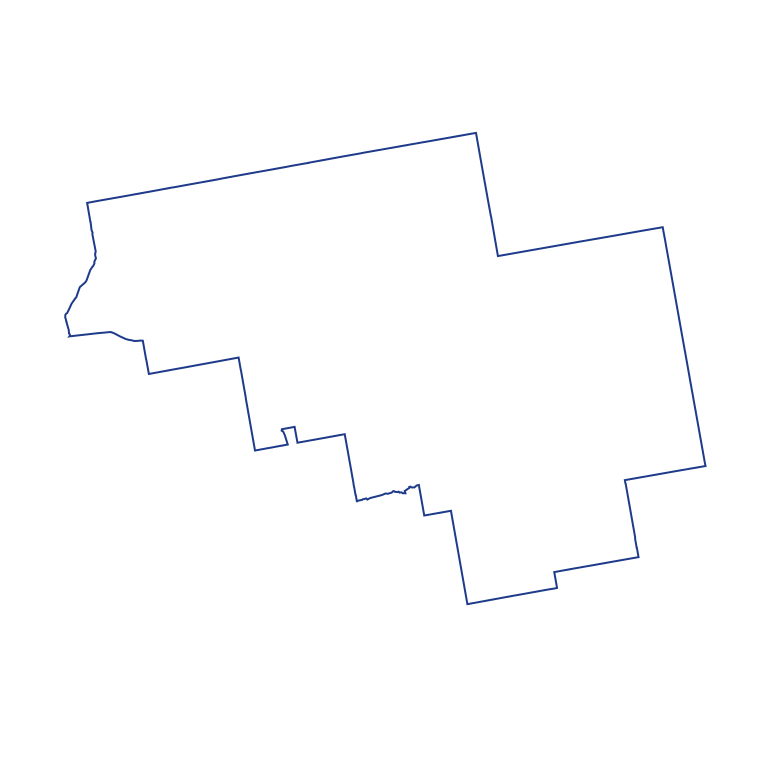 Wudinna, South Australia, Australia (Natural Earth projection), rotated 170°
{"feature_id": "25037944B74799247287960", "entity_name": "Wudinna", "entity_type": "district", "adm_level": 2, "iso_a3": "AUS", "parent_name": "Australia", "parent_adm1": "South Australia", "projection": "natural_earth1", "projection_center": [135.46, -32.977], "detail": "fine", "context": "isolated", "style": "outline", "palette": "blue", "viewbox_px": 768, "rotation_deg": 170, "n_neighbors": 0, "source": "geoboundaries", "source_scale": "gbopen_adm2", "svg_char_len": 3526}
<svg xmlns="http://www.w3.org/2000/svg" viewBox="0 0 768 768"><g transform="rotate(170 384 384)"><path d="M644.9,613.9L645.0,594.8L644.9,594.8L644.8,594.7L645.3,586.5L644.7,583.5L645.1,582.6L645.2,582.2L644.9,564.6L645.7,562.8L646.1,561.4L645.9,557.7L647.9,555.0L648.3,553.0L649.8,550.8L651.2,549.7L653.5,547.2L657.2,540.7L658.8,537.9L659.6,536.9L660.1,536.4L661.0,535.7L666.5,532.4L666.8,532.1L667.5,530.9L670.8,525.0L671.3,524.1L671.5,523.7L671.9,522.9L672.0,522.8L672.8,522.3L673.3,521.8L677.7,517.4L680.3,513.6L683.6,509.0L683.8,508.9L684.6,508.5L684.8,508.4L685.6,507.7L685.8,507.3L686.4,504.9L686.1,503.1L686.1,501.9L685.8,500.4L686.0,500.3L685.1,492.1L685.4,488.5L684.8,487.3L684.9,486.1L685.5,485.5L685.0,485.5L666.0,484.3L657.6,483.8L655.4,483.6L644.3,482.7L641.2,481.0L635.8,476.8L630.4,473.1L627.9,471.9L624.8,470.8L622.4,469.7L618.8,469.2L616.4,469.1L614.0,468.5L614.0,468.3L614.0,468.2L614.0,467.3L614.0,466.3L614.0,458.1L614.0,457.7L614.0,456.5L614.0,451.9L614.0,451.6L614.0,451.4L614.0,450.1L614.0,449.7L613.9,449.4L613.8,434.7L585.8,434.9L578.7,434.9L565.2,435.0L547.9,435.1L547.7,435.1L522.6,435.3L522.6,423.5L522.6,423.3L522.5,421.9L522.5,394.0L522.6,393.8L522.6,368.5L522.6,344.2L522.6,340.9L489.3,341.1L490.6,351.0L491.6,354.8L492.9,355.8L492.4,357.2L479.5,357.3L479.4,341.2L431.4,341.4L431.3,310.4L431.3,295.6L431.3,293.9L431.3,292.2L431.4,289.1L431.3,287.4L431.3,281.7L431.3,280.9L431.3,280.4L431.3,280.2L431.2,280.1L431.1,279.5L431.2,279.4L431.1,279.1L431.1,278.9L431.1,278.1L431.1,277.6L431.1,277.3L431.1,276.0L431.1,274.5L431.1,274.4L431.1,274.0L431.1,273.9L431.1,273.7L431.1,273.4L431.1,273.2L430.9,273.1L430.1,273.6L425.8,273.7L424.8,274.2L423.6,274.1L421.4,274.4L420.5,273.1L417.4,274.1L405.3,275.0L401.6,275.9L399.1,275.2L398.1,275.4L395.2,275.7L394.2,276.5L393.4,276.9L392.9,276.9L392.2,276.1L390.6,275.5L389.2,275.2L388.2,275.4L387.5,274.3L386.7,274.4L385.4,274.2L384.9,273.5L384.4,273.1L383.9,273.1L382.5,272.8L381.9,272.7L382.2,275.0L377.1,277.3L377.0,278.2L375.7,278.3L375.2,277.6L374.1,277.2L372.0,276.9L369.4,278.4L367.2,278.5L367.2,247.5L340.1,247.5L340.1,152.7L311.7,152.9L294.9,153.0L286.3,153.0L286.1,153.0L262.5,153.1L259.0,153.1L256.6,153.1L255.3,153.1L253.2,153.0L252.1,153.0L249.0,153.1L249.0,168.0L249.0,169.2L231.7,169.3L230.9,169.3L191.2,169.3L177.4,169.3L163.4,169.3L163.4,178.8L163.6,178.8L163.6,188.0L163.3,189.1L163.3,214.8L163.3,221.7L163.3,226.2L163.3,226.3L163.3,243.7L163.5,243.9L163.5,244.8L163.5,247.5L159.2,247.5L150.3,247.5L123.9,247.5L118.3,247.5L109.9,247.5L83.0,247.4L82.6,247.4L81.6,247.4L81.7,250.0L81.8,301.0L81.9,333.7L81.9,340.7L81.9,354.0L82.0,375.6L82.1,434.1L82.2,471.7L82.2,471.8L82.2,473.2L82.2,475.9L82.2,478.4L82.2,479.1L82.3,481.5L82.2,482.0L82.3,484.5L82.3,486.3L82.3,486.7L82.3,488.6L82.3,489.8L82.3,490.0L103.3,490.1L126.4,490.1L132.0,490.1L165.0,490.2L177.8,490.2L188.1,490.2L211.5,490.2L222.8,490.2L231.8,490.2L233.4,490.2L234.8,490.2L236.3,490.2L236.5,490.2L249.6,490.2L249.5,523.1L249.5,525.6L249.5,529.1L249.5,529.4L249.5,531.3L249.6,531.6L249.6,531.8L249.7,548.1L249.8,581.5L249.8,588.7L249.8,615.3L257.0,615.3L261.0,615.3L261.4,615.3L261.5,615.3L315.8,615.3L316.0,615.3L350.5,615.3L364.0,615.3L368.7,615.2L385.0,615.2L420.2,615.0L420.2,614.8L421.3,614.8L421.9,614.9L436.3,614.9L442.1,614.8L478.2,614.7L496.6,614.6L509.8,614.5L510.0,614.4L510.4,614.4L510.5,614.4L541.8,614.3L542.0,614.3L557.7,614.2L558.0,614.3L581.0,614.1L588.0,614.1L608.7,614.0L626.2,614.0L634.5,614.0L644.9,613.9Z" fill="none" stroke="#1e3a8a" stroke-width="2"/></g></svg>